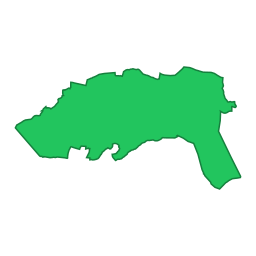 outline of Ixtapaluca, México, Mexico
{"feature_id": "50627088B19998510456179", "entity_name": "Ixtapaluca", "entity_type": "district", "adm_level": 2, "iso_a3": "MEX", "parent_name": "Mexico", "parent_adm1": "México", "projection": "orthographic", "projection_center": [-98.802, 19.329], "detail": "fine", "context": "isolated", "style": "filled", "palette": "green", "viewbox_px": 256, "rotation_deg": 0, "n_neighbors": 0, "source": "geoboundaries", "source_scale": "gbopen_adm2", "svg_char_len": 5599}
<svg xmlns="http://www.w3.org/2000/svg" viewBox="0 0 256 256"><path d="M204.9,175.8L210.5,182.0L211.2,184.0L215.0,187.3L219.6,189.0L225.7,182.7L226.7,182.2L229.1,180.4L232.4,178.7L237.8,178.0L240.4,177.5L240.6,176.4L230.9,157.0L218.5,131.3L220.2,120.6L220.6,111.7L220.5,111.3L222.9,112.7L223.7,113.0L224.4,113.1L225.3,113.1L226.1,112.9L226.9,112.6L228.7,111.5L229.5,111.2L230.2,111.1L231.8,111.1L231.8,107.9L231.7,107.0L231.9,106.5L232.3,106.5L233.4,107.0L234.0,107.1L234.4,107.3L235.1,107.5L235.4,107.4L235.6,107.3L236.2,106.2L236.0,105.7L235.7,105.6L235.5,105.4L235.5,104.8L234.9,104.1L234.6,101.7L234.0,101.6L233.4,101.9L232.7,101.9L232.4,102.0L231.7,102.1L230.6,101.6L230.0,101.6L228.7,102.0L228.1,102.0L227.9,101.9L227.5,101.7L227.4,101.4L227.0,100.6L226.6,100.1L225.5,98.9L225.0,98.2L224.5,96.4L224.0,95.2L223.9,94.6L223.7,94.1L223.6,93.4L223.6,92.8L223.7,92.2L223.6,91.7L223.3,90.6L223.1,90.1L222.2,88.4L223.4,85.9L223.4,85.7L223.2,85.4L223.1,84.3L222.5,82.4L222.9,77.7L221.1,77.4L220.6,77.2L219.9,76.8L217.3,75.3L216.0,74.4L214.3,73.4L211.1,72.4L203.2,72.2L199.8,71.2L198.0,70.6L196.4,70.2L195.2,69.8L194.6,69.5L193.9,69.2L192.3,68.5L189.7,67.6L183.9,67.0L182.7,68.5L181.6,69.6L180.2,70.8L179.3,71.7L177.0,73.7L175.8,74.7L175.0,75.3L173.2,75.4L171.7,75.5L170.4,75.6L165.6,75.2L164.2,75.0L162.4,74.5L161.0,73.9L160.1,73.3L159.8,75.3L159.5,76.6L159.2,78.9L158.6,78.9L158.4,79.0L158.0,79.3L157.8,79.4L156.5,79.1L155.1,78.6L153.8,78.0L153.4,77.6L151.8,77.3L151.1,77.2L148.8,75.9L148.0,75.6L147.2,75.3L146.3,75.2L145.2,74.8L144.4,74.5L143.5,74.3L142.9,73.9L139.5,70.1L138.6,69.4L138.0,69.3L137.5,69.3L136.4,69.6L135.7,69.5L134.3,69.2L133.4,68.9L132.8,68.8L131.7,69.1L130.7,69.2L130.3,69.2L129.3,69.8L129.0,69.8L128.1,69.6L127.3,69.6L126.7,69.8L125.8,70.1L125.0,70.7L123.9,71.5L123.6,71.6L123.3,72.9L122.2,76.3L121.6,76.2L120.8,75.7L120.4,75.9L119.4,75.9L118.4,75.7L117.1,75.8L115.9,75.7L115.4,75.5L115.1,74.4L115.0,72.6L104.3,73.5L99.2,74.4L96.3,76.0L93.9,77.1L93.0,77.3L92.1,78.0L90.5,78.4L89.7,78.9L87.3,79.8L85.9,85.5L74.0,82.9L73.1,82.6L72.0,82.4L70.8,82.3L70.7,87.5L70.2,88.0L69.9,88.7L68.9,88.1L68.5,88.2L66.8,89.2L65.9,89.6L64.8,89.8L64.8,90.1L63.9,90.2L63.3,89.9L62.8,90.2L62.7,93.1L63.1,95.3L63.3,95.5L62.4,95.6L62.1,95.8L62.1,96.4L62.0,96.8L61.3,97.7L60.2,98.3L58.9,98.6L58.0,99.5L58.2,100.4L58.2,101.0L58.2,102.3L56.4,104.1L56.0,104.7L55.5,105.2L54.8,106.2L54.2,106.7L52.6,107.7L50.9,108.9L50.1,108.2L49.4,108.0L47.7,107.7L47.5,107.9L46.3,107.9L45.9,106.6L45.0,107.4L44.6,107.8L44.5,108.0L43.7,108.5L43.4,108.8L43.0,109.9L41.9,110.7L42.7,110.7L42.6,111.4L40.4,114.3L40.3,115.3L39.8,115.5L39.1,115.7L36.0,115.5L35.2,115.8L34.5,115.9L33.5,116.8L33.1,117.1L32.8,117.6L32.2,118.2L31.9,118.6L31.5,118.9L31.1,119.1L30.8,119.3L28.2,119.6L26.3,119.9L25.7,120.0L25.3,120.0L25.1,120.2L24.7,120.4L23.3,121.0L22.9,121.4L20.1,123.2L19.9,123.2L19.5,123.4L19.3,123.6L17.9,124.4L17.1,124.9L16.9,125.1L16.7,125.1L16.2,126.2L15.4,127.7L15.4,127.9L18.2,131.2L37.5,153.5L39.5,155.8L40.1,156.3L40.5,156.4L41.9,156.3L42.2,156.8L42.6,157.1L43.6,157.0L43.8,157.0L43.8,156.9L43.8,156.7L44.4,156.7L50.0,157.7L52.3,157.5L53.6,157.2L54.1,157.3L55.3,157.5L55.5,157.5L57.2,157.0L64.8,157.8L67.2,158.3L67.6,158.0L67.6,156.5L68.0,153.9L67.9,153.9L68.6,151.5L69.0,150.2L70.7,146.9L71.1,146.7L74.0,147.7L77.0,148.6L79.6,149.3L80.1,147.8L81.2,146.1L85.9,146.4L85.7,149.0L88.5,148.2L88.6,148.6L89.8,148.6L89.5,149.9L89.4,150.9L89.2,152.3L86.6,157.6L89.4,157.9L89.8,157.9L89.9,159.9L90.0,159.9L90.9,159.5L91.1,159.5L91.3,159.5L91.9,159.8L92.7,159.9L94.3,159.8L94.8,159.6L95.1,159.6L95.3,159.5L96.0,159.4L96.3,159.2L96.7,159.1L97.1,158.9L97.7,158.8L98.1,158.4L98.4,158.2L98.6,158.0L98.8,157.6L99.1,157.4L99.4,156.8L100.4,155.4L100.5,155.1L100.6,154.9L100.6,154.7L101.0,154.6L101.4,154.1L101.7,153.5L101.7,153.3L101.9,153.1L102.1,152.8L102.3,152.0L102.7,151.9L103.0,151.7L103.4,151.3L104.0,150.9L104.6,150.2L105.3,149.6L105.4,149.4L105.7,149.3L105.9,149.0L106.1,149.0L106.8,148.6L107.1,148.5L107.5,148.0L107.9,147.8L110.0,149.0L110.6,148.6L110.8,148.7L111.0,148.3L111.9,147.5L112.1,147.3L112.7,145.9L112.5,145.1L112.6,144.7L112.5,144.2L112.9,143.9L113.6,143.7L114.2,143.5L114.7,143.4L115.8,143.5L117.1,143.9L117.9,144.5L118.9,145.3L119.0,145.5L119.0,146.0L119.0,146.3L118.7,146.6L118.7,146.8L118.8,147.1L119.2,147.5L119.3,147.7L119.7,148.8L119.3,149.2L119.1,149.7L119.2,149.8L119.1,150.1L118.5,151.0L117.6,151.6L117.4,152.1L117.0,152.7L116.6,152.9L116.5,153.3L116.3,153.3L116.1,153.5L115.3,153.8L114.6,153.9L112.5,154.4L112.4,154.3L112.2,154.3L112.4,156.2L112.9,157.3L113.3,157.9L114.0,158.7L114.9,159.8L115.5,160.4L115.7,160.5L116.9,159.6L117.5,159.3L118.3,159.3L118.4,159.2L119.0,159.2L119.4,159.3L119.8,159.2L120.6,158.9L121.3,158.8L121.7,158.6L122.6,157.6L123.2,157.2L123.5,157.1L123.9,156.9L125.8,155.2L126.4,154.9L127.0,154.3L127.3,153.9L127.4,153.3L127.7,152.9L128.1,152.4L128.4,152.2L128.7,151.9L129.2,151.7L130.4,150.8L130.6,150.9L130.9,150.4L131.9,150.1L133.3,149.8L134.1,149.2L134.4,149.1L135.0,149.1L135.6,148.9L136.3,148.2L137.6,147.1L138.5,145.9L139.5,145.4L140.8,144.5L140.8,144.3L141.1,143.9L141.8,143.4L142.2,143.0L144.4,142.4L144.7,142.3L146.0,141.1L147.2,140.5L148.0,140.4L149.7,140.5L150.4,140.3L151.4,140.2L153.2,139.9L154.1,140.4L154.8,140.7L155.6,140.8L156.6,140.8L157.6,140.7L158.4,140.4L159.9,139.7L161.1,139.0L161.8,138.4L162.1,137.8L162.3,137.7L162.8,137.6L164.2,137.8L174.9,137.9L177.5,136.6L177.0,135.7L177.5,135.4L183.4,138.2L188.3,141.6L189.0,141.7L193.7,143.4L198.0,154.3L202.1,169.7L203.7,173.2L203.5,173.8L204.3,174.4L204.9,175.8Z" fill="#22c55e" stroke="#15803d" stroke-width="1.5"/></svg>